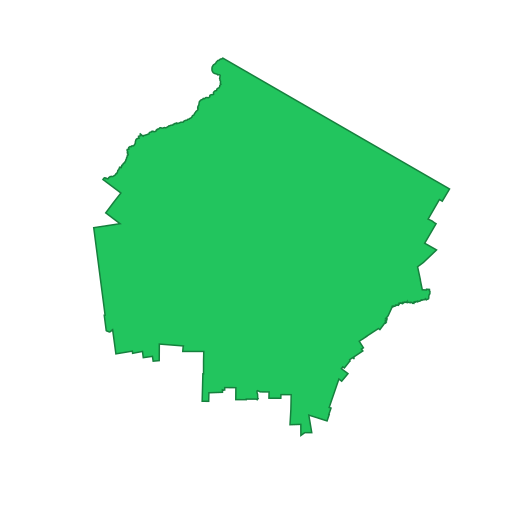 outline of Bourke, New South Wales, Australia, rotated 30°
{"feature_id": "25037944B48990901921332", "entity_name": "Bourke", "entity_type": "district", "adm_level": 2, "iso_a3": "AUS", "parent_name": "Australia", "parent_adm1": "New South Wales", "projection": "robinson", "projection_center": [144.371, -29.996], "detail": "fine", "context": "isolated", "style": "filled", "palette": "green", "viewbox_px": 512, "rotation_deg": 30, "n_neighbors": 0, "source": "geoboundaries", "source_scale": "gbopen_adm2", "svg_char_len": 5955}
<svg xmlns="http://www.w3.org/2000/svg" viewBox="0 0 512 512"><g transform="rotate(30 256 256)"><path d="M381.3,367.4L400.0,363.3L398.7,356.8L398.3,356.9L397.0,350.2L395.1,350.6L389.3,321.1L392.8,321.6L394.5,311.9L386.3,310.9L386.6,308.6L388.5,308.8L389.8,300.0L389.9,299.9L388.9,299.0L390.5,295.8L392.0,295.9L392.0,295.4L390.9,295.1L396.0,284.8L393.8,283.9L394.9,281.8L388.0,278.2L391.9,270.6L391.7,270.6L398.3,257.6L400.1,257.8L401.1,249.3L401.8,249.4L402.0,247.3L401.7,247.8L401.3,248.1L400.9,248.0L400.4,247.4L400.3,247.2L400.8,247.2L400.9,246.6L401.3,246.2L400.9,244.8L400.7,244.7L400.4,245.4L399.5,245.2L399.9,244.2L400.3,241.7L399.4,232.1L399.6,232.0L399.3,231.7L399.9,231.5L399.6,230.8L399.8,230.7L399.9,230.8L400.7,230.6L401.5,230.0L401.6,229.2L401.4,228.8L401.6,228.5L402.1,228.3L402.3,228.5L402.5,228.5L402.7,228.2L402.8,228.0L403.4,227.5L403.9,227.6L404.0,227.5L404.0,227.2L403.9,227.2L403.8,226.6L403.5,226.4L403.6,226.2L404.1,226.1L404.1,225.6L403.8,225.3L404.1,225.2L404.3,224.7L404.5,224.9L405.0,224.4L405.7,224.3L405.9,223.7L406.4,224.1L406.6,224.1L406.6,223.5L406.9,223.2L406.6,223.1L406.6,222.8L407.0,223.0L407.0,222.6L408.0,221.7L408.0,221.3L408.9,221.3L409.4,220.9L409.5,220.4L409.6,220.7L410.1,220.5L410.2,220.8L410.5,220.7L410.9,219.9L411.3,219.9L412.3,219.5L412.6,219.1L412.9,219.3L413.0,218.9L413.8,218.4L414.2,218.4L414.6,218.6L415.0,218.5L415.3,218.7L415.8,218.4L416.2,218.1L416.3,217.6L415.8,217.0L415.9,216.8L416.4,217.3L416.4,217.0L417.0,216.4L416.8,216.3L416.9,215.8L417.8,215.1L418.6,215.1L418.6,214.9L418.4,214.8L418.5,214.5L418.8,214.7L419.2,214.5L419.4,214.1L420.7,212.9L420.8,212.3L420.9,212.0L421.0,211.5L421.3,211.2L421.6,211.4L421.8,211.0L422.3,210.9L422.4,210.5L422.7,210.2L423.3,210.0L423.5,209.5L423.9,209.4L424.1,208.7L424.4,209.1L424.8,208.8L425.5,208.7L425.4,208.3L425.7,208.2L426.4,207.5L426.8,206.7L426.5,205.7L425.9,204.9L425.8,204.3L425.5,203.7L425.3,203.0L425.5,202.6L425.3,202.1L425.4,201.7L424.3,199.6L423.6,199.5L423.2,199.1L423.2,198.6L422.9,198.2L420.3,199.5L420.6,200.2L416.9,202.1L410.6,195.0L410.4,194.6L401.3,184.5L404.2,177.9L409.3,160.5L395.7,160.6L395.8,138.0L393.8,138.0L390.9,137.6L386.6,138.0L386.6,115.4L389.9,115.4L390.1,101.2L128.3,101.2L127.8,102.5L127.2,102.8L126.7,103.3L126.4,103.9L126.4,104.3L126.0,105.2L125.5,105.4L125.2,105.8L124.6,108.2L124.8,108.7L124.5,109.9L124.1,110.9L123.6,111.6L123.5,112.7L123.6,113.3L123.5,114.2L124.0,115.5L124.3,115.7L124.4,116.2L125.3,117.5L127.2,118.6L128.6,118.7L131.4,118.0L132.3,118.3L133.3,117.5L133.8,117.3L134.2,117.3L134.8,117.6L134.9,117.9L135.0,118.6L135.3,118.9L135.5,119.5L135.6,120.3L136.4,120.9L136.8,121.7L137.9,122.4L138.3,123.0L138.8,124.3L139.3,125.0L139.7,124.9L139.4,126.5L139.9,127.5L139.8,128.2L139.7,129.2L139.0,129.9L138.7,130.6L138.8,131.6L139.1,132.4L137.9,133.5L137.4,135.2L137.4,135.7L138.3,137.0L138.4,137.3L137.8,137.9L136.8,138.5L135.9,139.5L135.8,140.3L136.4,141.2L135.8,142.6L133.5,143.7L133.2,144.2L132.8,145.5L131.9,145.7L131.5,146.0L131.5,147.0L130.4,148.2L130.0,149.4L129.8,150.8L131.0,153.9L130.9,154.9L131.0,155.7L131.4,156.8L131.9,156.8L132.0,157.0L131.9,157.5L132.4,158.0L132.5,158.8L131.7,161.0L131.8,161.7L131.5,163.2L131.7,164.6L131.6,165.2L131.1,165.7L130.8,166.5L131.0,167.8L130.9,168.2L130.4,169.4L129.7,170.2L129.6,171.1L128.6,171.7L128.3,172.9L127.2,173.7L126.4,174.8L126.3,175.3L126.0,175.6L126.1,175.8L125.9,176.7L124.0,177.7L123.0,179.3L121.7,180.4L121.3,181.0L121.0,181.1L121.0,180.5L120.8,180.4L119.8,181.6L119.4,181.9L119.2,182.5L118.9,182.8L118.9,183.3L118.5,183.4L118.3,184.3L118.0,184.6L117.0,185.2L116.5,185.8L116.3,186.3L115.5,186.8L115.3,187.6L114.4,189.2L113.8,190.1L113.4,190.3L112.5,190.5L111.3,191.9L110.8,192.2L109.2,192.6L108.6,193.1L108.3,194.3L107.8,195.1L107.4,195.4L107.2,195.4L107.0,196.0L107.1,196.4L106.7,196.7L106.7,197.1L106.9,197.7L106.8,198.1L106.1,199.0L105.1,199.5L104.8,199.6L104.7,199.4L103.9,199.7L103.5,200.1L103.7,200.3L103.4,200.9L102.9,201.3L102.3,201.9L102.0,202.6L102.0,203.0L102.3,203.6L102.2,203.9L101.5,204.5L100.9,205.4L99.9,206.4L99.5,207.0L98.8,207.5L98.5,207.8L98.4,208.7L94.7,208.1L94.7,208.3L95.9,209.5L94.4,211.1L95.8,212.5L94.9,213.1L94.3,213.8L94.4,214.3L94.0,214.6L93.9,215.3L94.3,217.1L94.7,218.1L95.2,218.7L95.1,219.3L95.0,221.6L94.8,221.9L93.4,222.7L93.3,223.7L92.5,224.0L92.1,224.3L92.0,224.8L91.6,225.4L91.5,225.8L92.4,226.9L92.5,227.2L92.3,227.4L91.4,227.8L91.2,228.1L91.3,228.6L91.9,229.4L93.1,230.1L93.2,230.6L92.9,230.9L93.1,231.2L94.4,231.7L94.6,232.0L94.7,232.6L94.3,232.9L94.5,233.2L94.4,233.7L94.9,234.9L94.9,235.2L94.8,235.6L95.3,237.0L95.2,238.1L95.6,238.7L95.4,240.3L95.7,240.9L95.0,241.7L94.8,242.4L95.0,243.0L94.9,244.0L94.4,244.6L94.8,245.5L95.1,246.9L94.9,247.1L94.0,246.9L93.5,247.3L93.8,247.8L93.6,248.4L94.0,249.8L93.6,250.6L93.6,251.2L94.1,252.6L94.0,253.4L94.2,253.7L94.0,254.0L94.1,254.4L93.6,254.7L93.6,256.1L92.4,258.6L92.1,258.9L91.0,259.3L90.7,259.8L90.1,260.0L89.9,260.2L89.7,261.1L89.3,261.6L89.3,262.9L89.2,263.2L88.7,263.4L87.8,263.4L87.3,263.7L87.2,263.9L86.8,263.6L85.8,263.9L85.3,264.8L85.2,265.4L85.4,266.0L85.3,266.3L107.5,269.0L105.8,281.2L104.3,293.8L122.1,296.0L101.3,312.6L154.9,382.7L154.2,383.2L163.6,395.5L164.0,395.6L165.0,395.4L166.6,395.2L167.2,395.0L167.7,394.4L167.7,394.0L167.8,393.7L168.5,392.9L168.6,392.5L168.4,391.7L168.6,391.4L183.6,410.8L196.5,400.2L197.8,402.0L205.4,395.4L209.2,400.4L216.5,394.7L219.5,398.5L224.5,395.0L216.3,380.6L238.1,370.2L238.4,371.3L240.3,375.3L258.5,364.8L263.1,373.2L269.5,384.3L268.9,384.6L282.0,408.7L287.7,405.5L283.6,398.0L295.1,390.8L293.8,388.7L295.1,388.5L295.2,388.1L295.9,387.7L294.7,385.6L304.4,380.1L310.3,390.5L319.4,385.3L319.1,384.8L327.8,379.8L328.9,379.9L329.1,378.4L328.6,378.3L326.4,374.8L325.5,374.2L324.4,372.5L324.7,371.8L327.5,371.6L335.3,367.2L338.3,372.7L348.6,366.8L346.9,363.6L355.8,358.5L362.9,371.4L369.8,385.1L379.0,379.4L384.6,389.0L386.6,384.6L392.6,381.1L381.3,367.4Z" fill="#22c55e" stroke="#15803d" stroke-width="1.5"/></g></svg>